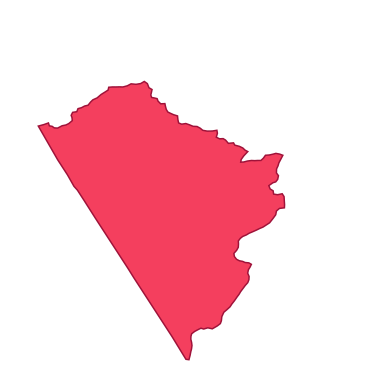 Lajinha, Minas Gerais, Brazil (Equal Earth projection), rotated 57°
{"feature_id": "56859067B94154518020811", "entity_name": "Lajinha", "entity_type": "district", "adm_level": 2, "iso_a3": "BRA", "parent_name": "Brazil", "parent_adm1": "Minas Gerais", "projection": "equal_earth", "projection_center": [-41.582, -20.12], "detail": "fine", "context": "isolated", "style": "filled", "palette": "rose", "viewbox_px": 384, "rotation_deg": 57, "n_neighbors": 0, "source": "geoboundaries", "source_scale": "gbopen_adm2", "svg_char_len": 2425}
<svg xmlns="http://www.w3.org/2000/svg" viewBox="0 0 384 384"><g transform="rotate(57 192 192)"><path d="M73.3,171.8L73.1,176.0L71.2,180.3L68.1,184.2L67.7,188.4L66.3,192.7L64.3,195.6L62.3,198.9L60.4,201.8L58.8,204.8L60.8,206.8L60.8,210.2L60.7,215.1L61.4,220.3L60.7,224.9L61.3,228.0L62.6,231.9L61.4,235.3L61.1,238.8L60.0,242.2L61.9,244.9L60.2,248.7L61.9,251.6L64.2,252.1L66.9,253.5L67.5,258.0L67.1,261.3L65.7,264.8L65.2,269.9L63.2,272.6L60.8,273.5L58.8,275.6L55.9,274.8L54.8,279.4L53.0,285.0L91.9,287.1L109.8,287.1L123.0,287.9L128.0,287.1L137.4,287.1L139.8,287.1L161.4,287.3L175.5,287.3L180.1,287.3L196.1,287.3L221.1,287.3L232.8,287.5L258.4,287.5L272.6,287.5L277.4,287.5L281.8,287.5L299.5,287.5L302.6,287.5L329.0,288.2L331.0,285.9L327.9,282.5L325.2,279.9L323.4,277.9L320.7,275.6L317.8,274.2L314.9,273.2L312.6,271.6L310.7,269.5L310.4,265.6L310.7,262.0L311.1,258.7L313.3,256.8L314.5,252.7L317.8,249.5L318.1,243.7L317.8,239.9L316.0,237.5L312.8,234.9L310.2,230.8L309.6,226.3L309.0,222.6L307.7,219.7L306.3,215.6L304.5,211.2L303.4,208.2L302.1,205.6L300.7,201.8L299.4,198.3L298.4,194.6L296.5,192.0L293.9,190.1L290.4,189.5L287.9,187.0L286.6,184.2L285.0,181.6L282.4,182.9L280.0,185.9L277.8,187.3L275.5,189.7L272.7,191.3L269.2,191.6L266.3,190.3L265.2,186.3L263.6,183.3L260.9,181.3L258.3,179.8L257.2,176.8L256.9,173.7L257.6,169.8L257.7,166.6L258.4,162.7L259.0,158.9L259.5,154.9L260.1,151.6L260.1,147.9L260.1,143.7L258.3,138.4L256.7,134.2L253.9,131.5L253.4,127.6L255.6,123.1L253.1,121.3L249.7,119.4L246.0,117.3L242.6,117.3L240.9,121.7L238.2,124.7L235.2,123.3L232.0,124.8L228.5,124.1L228.3,119.2L229.1,116.3L228.1,113.3L225.4,110.6L222.0,110.8L218.7,108.5L216.9,105.6L214.9,103.3L213.0,99.9L210.7,95.8L208.0,97.8L205.3,100.6L204.4,103.4L203.1,106.9L201.2,110.4L202.5,113.7L203.1,117.0L201.4,119.6L199.9,122.3L198.0,124.9L196.2,128.7L195.0,132.3L193.5,134.9L191.5,133.0L189.9,128.9L188.5,123.2L185.8,124.7L182.8,125.4L179.5,127.4L176.0,130.6L173.4,130.4L171.0,135.0L166.7,135.6L164.2,136.8L162.4,139.9L159.3,141.8L156.6,138.7L153.8,137.5L151.9,141.8L149.2,146.1L146.1,149.4L143.1,150.3L139.8,152.1L137.5,155.3L134.3,157.5L131.2,159.9L129.5,163.7L126.8,165.6L123.6,164.4L120.3,162.7L117.2,165.3L114.6,167.0L111.8,168.7L108.7,168.6L105.7,167.6L103.1,166.6L101.0,170.2L97.3,171.0L94.7,170.4L92.8,172.2L90.7,174.4L88.2,173.7L86.3,171.7L84.3,169.7L81.1,171.3L76.8,170.4L73.3,171.8Z" fill="#f43f5e" stroke="#9f1239" stroke-width="1.5"/></g></svg>